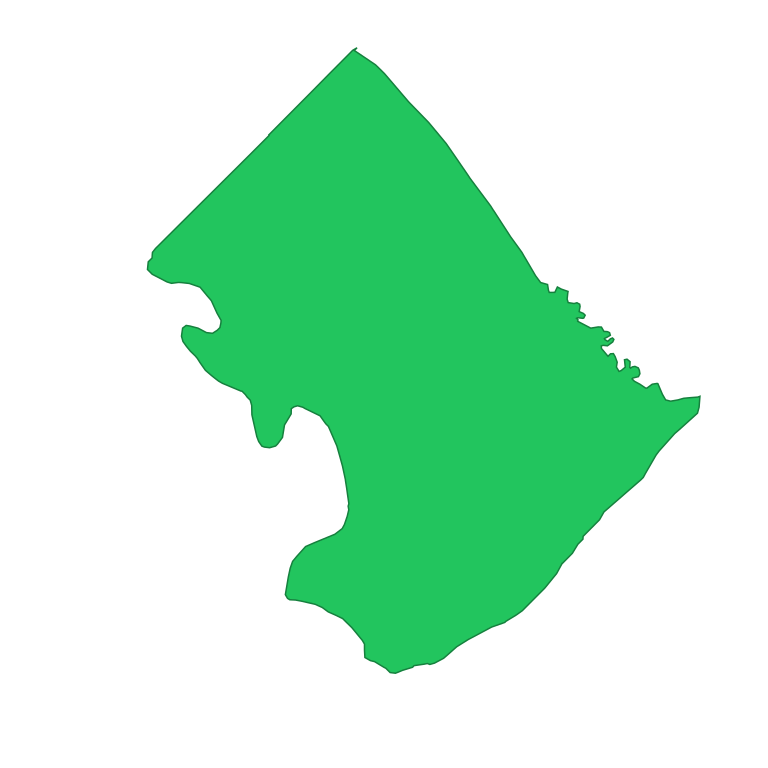 Lower Badibu, North Bank, Gambia, rotated 315°
{"feature_id": "56634734B14945153011857", "entity_name": "Lower Badibu", "entity_type": "district", "adm_level": 2, "iso_a3": "GMB", "parent_name": "Gambia", "parent_adm1": "North Bank", "projection": "robinson", "projection_center": [-16.054, 13.517], "detail": "fine", "context": "isolated", "style": "filled", "palette": "green", "viewbox_px": 768, "rotation_deg": 315, "n_neighbors": 0, "source": "geoboundaries", "source_scale": "gbopen_adm2", "svg_char_len": 3471}
<svg xmlns="http://www.w3.org/2000/svg" viewBox="0 0 768 768"><g transform="rotate(315 384 384)"><path d="M602.7,127.2L597.8,125.9L564.3,126.0L536.9,126.2L478.7,126.4L478.5,127.0L452.3,127.0L448.4,127.0L356.0,126.7L318.3,126.6L313.4,127.2L311.8,128.5L309.1,130.9L303.7,130.9L297.7,135.8L297.7,142.5L302.7,158.3L304.9,162.5L310.3,166.7L311.0,167.4L312.5,169.1L316.6,174.2L317.4,175.2L322.4,185.5L321.3,197.0L321.0,201.3L320.8,203.1L316.0,215.9L313.8,223.8L311.7,225.6L308.3,227.8L307.9,228.1L304.1,228.1L298.6,226.9L294.8,222.1L292.0,213.0L287.7,205.7L285.5,202.7L281.1,202.1L277.9,204.5L274.6,207.0L271.9,211.8L270.9,217.9L270.3,224.0L270.4,230.7L270.1,234.0L269.0,238.9L267.4,248.0L268.0,255.9L268.6,261.3L269.1,265.0L270.2,269.2L277.9,288.0L278.5,288.6L278.5,291.1L278.5,293.5L278.0,296.5L278.0,300.8L275.3,305.6L268.8,312.4L256.9,331.2L254.7,336.1L253.7,341.6L254.8,344.0L258.1,348.2L263.5,351.2L266.2,351.2L274.4,350.0L284.7,342.6L289.6,341.4L297.2,339.5L301.0,335.9L304.2,336.5L307.5,338.3L310.2,343.1L310.8,345.5L316.3,361.3L315.3,367.2L314.7,371.0L314.7,373.9L314.7,374.7L306.9,394.4L301.6,403.9L296.6,412.7L289.1,424.3L288.5,425.0L283.7,431.6L280.5,435.8L274.5,443.8L272.3,445.0L270.1,448.1L268.9,448.8L264.2,451.7L263.5,452.0L261.1,453.2L256.6,455.4L252.2,456.7L243.0,455.5L225.9,448.4L222.8,447.1L213.6,443.5L200.6,444.2L194.0,444.8L187.5,447.9L179.9,452.8L165.3,463.2L164.2,467.4L164.8,469.9L168.6,474.1L171.9,478.9L179.5,491.0L182.3,498.3L183.4,505.6L184.2,507.7L186.2,512.9L188.9,520.7L188.9,525.6L189.0,533.5L187.4,549.9L186.3,554.1L182.0,558.4L177.1,563.9L178.8,570.0L181.0,573.6L183.7,584.5L184.3,586.3L184.3,592.4L187.6,596.6L190.3,597.8L194.7,599.6L203.9,604.5L206.1,604.4L214.3,610.5L217.0,612.3L218.1,614.7L222.4,617.1L232.2,620.1L236.3,620.4L249.6,621.2L262.7,624.2L288.3,632.0L300.8,638.0L302.4,638.0L314.4,640.9L321.5,642.1L353.5,642.0L372.0,640.1L382.8,636.9L382.8,637.0L397.5,636.9L407.8,634.4L414.9,634.4L417.1,632.5L440.4,632.4L449.1,630.0L478.2,632.0L498.0,633.4L501.3,633.4L505.6,632.1L515.0,629.6L525.1,626.9L526.3,626.6L531.2,625.9L554.5,624.6L563.2,625.2L585.0,626.3L590.4,623.2L598.7,616.1L596.7,615.2L591.1,610.4L585.8,606.0L580.6,603.1L574.5,598.8L571.9,594.4L573.6,588.1L577.9,577.4L577.7,577.0L577.5,576.7L573.5,573.8L567.0,572.8L566.1,571.9L564.8,565.1L563.0,559.2L563.0,555.8L564.3,555.8L569.1,558.7L572.2,557.7L574.3,554.8L575.2,552.4L573.9,549.0L571.7,547.5L569.5,547.1L569.5,546.1L573.8,542.2L573.4,538.3L571.2,536.9L566.5,542.7L561.2,542.2L559.1,541.3L560.3,536.4L564.1,533.6L564.3,533.5L566.8,528.1L567.7,524.7L565.5,522.8L563.3,522.8L562.0,522.8L562.9,512.6L564.6,510.7L566.3,511.6L569.0,515.0L575.5,516.0L578.1,515.0L578.1,513.0L575.9,512.1L572.4,512.1L571.6,508.7L572.0,507.7L575.0,508.7L578.5,509.6L579.8,507.2L579.2,505.4L578.9,504.8L576.7,502.3L578.0,497.5L575.8,495.1L569.7,490.7L565.3,476.6L566.6,475.7L566.6,473.7L567.9,474.2L571.0,478.1L571.9,478.6L574.9,477.6L574.9,475.1L573.2,470.8L577.5,467.8L578.8,465.9L578.4,464.8L577.9,463.0L575.3,461.5L571.8,456.7L573.5,453.5L578.3,449.6L579.6,448.7L576.5,442.3L575.2,438.0L569.6,440.0L565.6,436.1L566.5,434.1L570.0,429.3L566.5,423.0L567.7,414.7L572.2,397.5L573.4,392.8L574.6,388.4L575.6,382.2L577.6,369.5L584.1,339.1L584.2,338.3L585.3,333.5L590.3,299.2L591.0,295.9L595.3,272.8L595.3,272.7L598.0,257.9L600.5,230.7L600.9,203.0L601.0,201.0L603.8,165.1L603.8,160.5L603.7,152.4L598.9,127.6L598.8,127.2L602.7,127.2Z" fill="#22c55e" stroke="#15803d" stroke-width="1.5"/></g></svg>